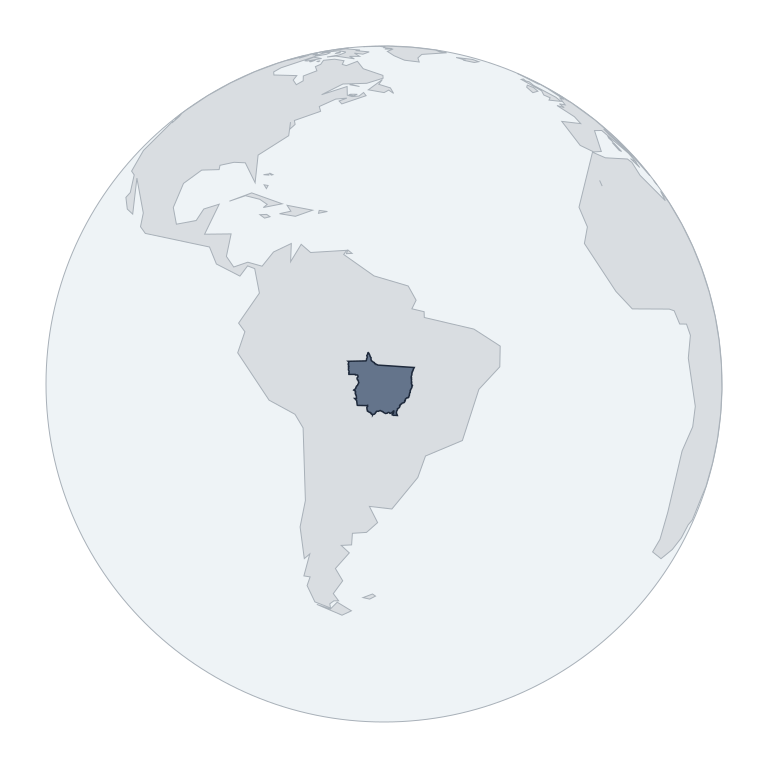 Mato Grosso on an orthographic globe
{"feature_id": "BRA-602", "entity_name": "Mato Grosso", "entity_type": "State", "adm_level": 1, "iso_a3": "BRA", "parent_name": "Brazil", "parent_adm1": "", "projection": "orthographic", "projection_center": [-55.436, -12.685], "detail": "fine", "context": "on_globe", "style": "filled", "palette": "slate", "viewbox_px": 768, "rotation_deg": 0, "n_neighbors": 0, "source": "natural_earth", "source_scale": "10m", "svg_char_len": 11033}
<svg xmlns="http://www.w3.org/2000/svg" viewBox="0 0 768 768"><circle cx="384" cy="384" r="338" fill="#eef3f6" stroke="#a8b0b8"/><path d="M278.9,62.8L279.6,62.7L286.1,60.6L291.5,59.5L301.0,57.0L299.0,58.2L308.4,55.4L308.4,55.0L312.6,53.9L318.2,52.7L316.6,53.5L313.5,54.2L315.9,53.9L312.7,55.0L317.5,53.9L314.8,55.7L325.7,52.4L330.5,52.6L326.5,54.3L316.1,56.1L281.0,67.8L273.7,71.9L273.9,75.0L296.8,75.6L293.2,80.1L296.3,84.7L303.2,80.8L303.3,76.0L316.9,70.8L315.4,66.6L320.7,64.3L323.5,60.3L334.6,59.2L344.0,60.7L342.3,64.4L346.3,65.6L357.4,61.3L363.2,68.7L382.9,75.4L383.1,78.2L366.7,83.3L342.9,84.0L321.6,94.7L347.1,86.5L347.3,95.2L352.2,96.6L359.1,96.0L363.6,92.5L366.1,95.7L341.8,103.9L339.1,101.0L346.9,98.1L335.7,99.1L319.3,106.5L320.6,111.3L294.4,120.5L295.1,124.4L289.7,129.3L290.5,122.1L288.7,135.7L258.1,155.1L255.1,182.7L245.3,162.8L234.0,162.3L220.0,165.3L219.1,169.6L201.7,170.1L183.5,183.4L173.3,207.5L176.4,224.2L196.2,220.5L203.8,209.0L219.2,204.2L204.6,234.2L231.1,233.9L226.4,256.4L233.7,267.0L247.8,262.2L262.1,266.2L273.5,252.0L291.3,243.5L290.6,261.7L301.2,244.3L310.6,252.5L346.7,250.3L343.7,254.5L374.0,275.9L408.2,286.0L416.1,300.2L411.9,308.8L424.1,311.7L424.3,317.5L473.9,329.1L500.2,346.1L499.8,366.8L478.9,389.3L462.4,440.5L425.5,456.0L417.8,477.5L391.9,509.0L369.4,506.4L377.6,522.6L366.5,532.4L352.4,533.3L351.6,544.9L341.2,545.4L349.3,552.9L335.4,568.5L342.7,580.8L333.3,593.6L338.6,600.8L333.9,600.8L329.8,603.8L330.5,608.0L314.9,601.9L307.1,585.6L310.1,576.9L303.9,575.9L309.8,553.9L304.3,558.6L300.1,526.9L305.4,500.5L303.1,427.9L295.0,414.3L269.1,400.2L237.7,352.8L244.9,331.7L238.6,323.1L259.4,293.1L254.7,268.6L247.6,265.9L239.9,276.1L216.4,264.0L209.5,247.0L145.3,233.4L140.5,226.7L143.3,213.0L136.9,178.1L132.7,214.1L127.3,209.1L125.9,197.4L130.3,192.5L134.2,174.9L131.6,171.1L143.5,150.4L173.3,120.8L172.0,122.9L179.3,116.5L181.4,113.9L181.0,113.9L186.1,110.1L207.8,95.6L230.7,82.9L254.4,71.9L278.9,62.8ZM251.7,192.9L282.2,203.8L263.3,207.5L267.2,204.4L259.8,199.3L245.5,195.7L229.4,201.2L251.7,192.9ZM268.9,175.1L263.5,174.7L269.0,173.9L268.9,175.1ZM179.7,114.8L180.7,114.4L176.3,118.7L174.7,119.3L179.7,114.8ZM317.2,61.3L320.2,60.8L318.1,61.8L317.2,61.3ZM315.5,60.2L310.8,61.8L309.3,61.6L312.2,60.6L315.5,60.2ZM321.6,58.5L307.2,61.0L304.7,60.8L313.6,57.2L321.6,58.5ZM306.0,55.4L306.2,55.8L300.9,56.7L306.0,55.4ZM303.9,55.7L301.6,56.4L287.0,60.3L303.9,55.7ZM317.1,52.8L313.8,53.5L309.1,54.5L310.1,54.3L317.1,52.8ZM326.9,50.9L330.0,50.4L318.6,52.6L319.5,52.3L323.5,51.5L326.9,50.9ZM348.5,48.5L342.8,49.1L343.3,48.8L348.5,48.5ZM345.0,48.3L347.8,48.0L347.7,48.1L335.9,49.5L345.0,48.3ZM342.0,615.2L316.8,604.4L330.4,609.0L337.2,602.2L351.4,610.8L342.0,615.2ZM363.0,597.6L372.5,594.0L375.5,596.1L369.7,599.1L363.0,597.6ZM636.6,159.5L636.3,159.2L647.0,171.9L649.9,175.8L632.9,156.2L627.6,150.2L603.6,129.0L609.1,134.7L632.1,155.6L629.0,153.0L636.6,162.6L628.4,153.2L601.7,130.5L594.5,130.6L601.3,151.5L593.7,151.9L580.2,145.4L561.8,121.4L580.7,123.6L574.4,116.7L557.0,105.5L564.2,107.6L559.4,103.8L565.2,104.9L560.0,98.2L563.9,99.3L548.9,89.5L548.8,89.1L557.7,94.7L565.9,99.8L571.1,102.6L594.5,119.7L616.4,138.7L636.6,159.5ZM562.5,97.1L540.6,84.6L538.2,84.0L522.1,75.8L516.9,73.3L540.2,84.3L562.5,97.1ZM706.0,486.4L702.0,495.9L692.4,519.8L688.2,524.8L681.3,537.9L672.3,549.5L661.0,558.7L652.6,551.9L660.0,539.3L667.8,512.2L682.1,450.9L692.7,426.8L695.3,406.4L688.3,358.1L690.4,335.3L686.5,324.1L679.7,324.0L674.2,310.8L669.3,309.1L632.3,308.9L615.9,291.4L584.4,243.5L587.4,226.9L579.0,207.2L592.5,152.2L605.4,157.8L627.4,159.0L631.9,162.4L640.1,175.4L665.3,200.7L660.6,191.2L669.2,202.8L681.7,224.1L692.5,246.1L701.7,268.9L709.3,292.4L715.1,316.3L719.1,340.5L721.4,365.0L721.9,389.6L720.6,414.2L717.5,438.6L712.6,462.7L706.0,486.4ZM599.6,180.4L602.1,185.9L602.1,186.0L599.6,180.4ZM347.9,250.0L352.1,253.4L346.3,253.7L347.9,250.0ZM259.9,214.7L266.7,214.4L270.0,216.7L264.6,218.1L259.9,214.7ZM319.2,210.4L327.4,211.5L318.5,213.3L319.2,210.4ZM287.1,205.3L312.6,210.2L295.4,216.3L279.5,213.7L290.9,211.2L287.1,205.3ZM264.1,184.8L268.1,185.5L266.4,188.6L264.1,184.8ZM272.9,174.7L271.2,175.1L269.5,173.0L272.9,174.7ZM348.7,94.7L350.7,94.2L357.3,94.3L353.6,95.8L348.7,94.7ZM390.4,87.9L393.6,93.4L388.7,90.1L384.1,92.6L368.3,89.8L382.4,79.5L378.8,84.3L390.4,87.9ZM351.0,84.4L359.5,86.5L349.6,84.7L351.0,84.4ZM527.3,85.1L533.6,87.6L537.9,91.2L532.9,92.7L526.7,87.2L527.3,85.1ZM541.6,90.8L521.2,79.4L523.4,79.0L525.6,80.9L529.2,81.8L533.6,85.4L555.8,97.2L561.0,101.4L549.0,100.1L550.1,97.8L543.8,95.0L541.6,90.8ZM464.9,60.0L456.1,57.5L472.4,59.4L478.8,61.7L474.3,62.5L464.1,60.4L464.9,60.0ZM340.1,52.8L335.7,53.5L336.2,53.0L340.3,52.0L340.1,52.8ZM345.8,48.8L360.0,50.0L355.6,50.6L369.2,51.9L362.9,54.2L354.4,53.1L359.7,56.4L349.5,56.4L354.4,58.8L336.0,56.1L327.0,57.0L339.4,54.9L345.4,52.5L345.3,51.8L338.2,50.8L321.9,52.6L325.2,51.4L331.9,50.2L336.3,49.6L332.8,50.3L341.3,49.0L339.5,49.7L345.8,48.8ZM436.8,50.2L437.8,50.4L435.3,50.1L440.5,51.1L436.3,50.5L446.1,52.5L437.6,51.0L439.6,51.8L446.7,52.8L421.8,54.4L417.9,57.9L419.2,62.0L404.5,60.2L394.0,55.7L387.4,51.4L393.2,49.0L385.5,49.1L386.1,48.3L391.9,48.5L383.3,47.7L385.3,47.2L379.4,46.3L365.6,46.6L363.5,46.7L388.0,46.1L412.5,47.3L436.8,50.2ZM630.5,158.6L632.8,160.1L634.9,161.0L639.7,167.5L630.5,158.6ZM612.6,143.0L613.7,142.9L621.6,151.5L619.2,150.4L612.6,143.0ZM607.6,136.0L613.2,142.2L608.8,138.2L607.6,136.0ZM558.1,94.7L558.5,94.7L561.1,96.3L564.0,98.3L558.1,94.7ZM657.0,184.9L654.7,182.0L653.5,180.2L656.5,184.2L657.0,184.9Z" fill="#d9dde1" stroke="#a8b0b8" stroke-width="1"/><path d="M366.9,405.6L357.5,405.4L357.3,405.3L357.2,405.1L356.7,400.9L356.7,400.7L355.0,398.8L354.7,398.5L356.5,398.5L356.5,398.4L356.3,395.7L356.0,395.4L355.9,395.2L356.0,395.2L356.0,394.9L355.8,394.5L355.7,394.0L355.4,393.8L355.3,393.7L355.3,393.2L355.2,393.0L355.3,392.6L355.5,392.5L355.7,391.9L355.6,391.7L355.4,391.5L355.3,391.4L355.2,390.8L354.6,390.7L354.2,390.4L353.7,390.1L354.1,389.7L355.1,389.0L355.5,388.8L355.7,388.6L355.8,387.7L356.3,386.8L356.3,386.4L356.7,385.9L356.9,385.8L357.3,385.7L357.5,385.4L357.8,384.4L358.3,383.8L358.8,382.6L358.7,382.5L358.5,382.1L358.4,381.7L358.4,380.9L358.1,380.5L357.8,379.7L357.6,379.6L357.4,379.7L357.2,379.3L357.2,379.0L357.1,378.7L357.0,378.2L357.1,377.8L357.6,377.4L357.7,377.2L357.8,376.9L358.1,376.7L357.9,375.9L357.8,375.5L357.6,375.1L357.2,375.0L356.8,374.9L356.5,375.0L356.2,374.9L355.9,374.8L355.5,375.0L355.1,374.7L355.1,374.4L349.1,374.4L348.9,374.4L348.8,374.2L348.9,373.7L348.8,373.2L349.0,373.2L349.1,372.8L349.1,372.7L348.9,372.6L349.1,371.1L348.8,370.7L348.5,370.1L348.5,369.7L348.4,369.4L348.4,368.9L348.7,368.5L348.6,368.2L348.7,367.8L348.6,367.2L348.4,367.0L348.7,366.8L348.9,366.4L348.7,366.0L348.5,365.4L348.5,365.1L348.4,364.9L348.2,364.7L348.2,364.3L348.2,364.1L348.6,364.0L348.6,363.9L348.4,363.5L348.4,363.3L348.6,362.7L348.8,362.1L348.7,361.8L348.1,361.3L365.9,360.9L366.3,360.6L366.4,360.2L366.6,359.7L366.5,359.0L366.7,358.7L366.9,358.2L367.1,357.9L367.1,357.7L367.3,357.1L367.1,356.5L366.8,355.8L366.8,355.4L367.0,355.2L367.3,354.9L367.4,354.6L367.7,354.3L367.8,354.0L367.7,353.6L367.7,353.1L368.2,352.6L368.7,353.0L369.1,353.7L369.4,354.3L369.6,354.7L369.7,355.1L370.0,355.7L370.0,356.1L370.2,356.4L370.3,356.7L370.6,357.1L370.7,357.3L371.1,357.7L371.1,357.8L371.0,358.4L371.0,358.8L370.9,359.1L371.1,359.4L371.1,359.7L371.1,360.0L371.3,360.3L371.4,360.8L371.5,360.9L372.1,361.1L372.7,361.6L372.8,361.8L373.1,362.0L374.4,362.6L374.4,362.8L374.5,363.0L374.5,363.5L374.8,363.7L375.3,363.7L375.8,363.9L376.0,364.1L376.1,364.5L376.8,364.5L377.0,364.6L377.3,364.7L377.5,364.9L378.0,365.1L386.0,365.6L408.0,367.1L414.2,367.5L413.9,368.0L413.8,368.6L413.4,369.0L413.2,369.3L413.3,369.7L413.1,370.2L413.0,370.5L412.6,370.9L412.6,371.3L412.4,371.5L412.5,371.7L412.4,371.8L412.3,372.0L412.2,372.0L412.0,372.3L412.1,372.6L412.1,372.9L412.0,373.1L411.8,373.3L411.9,373.6L411.8,373.9L411.9,374.7L411.9,374.8L411.7,374.9L411.6,375.2L411.5,375.8L411.4,376.1L411.1,377.1L411.1,377.3L411.3,377.6L411.6,377.8L411.6,378.2L411.3,378.5L411.2,378.7L411.3,378.9L411.4,379.4L411.6,379.6L411.5,379.8L411.5,380.0L411.4,380.2L411.4,380.5L411.4,381.3L411.6,381.6L411.7,381.8L411.7,382.0L411.7,382.8L411.6,383.2L411.5,383.5L411.5,383.8L411.4,383.7L411.4,383.8L411.6,384.1L411.8,385.0L412.0,385.0L412.4,385.2L412.5,385.4L412.3,385.9L412.3,386.0L412.0,386.2L412.0,386.3L411.8,386.5L411.9,386.8L411.8,387.3L411.9,387.5L411.7,387.9L411.4,388.3L411.3,388.7L410.8,389.2L410.7,389.7L410.6,390.1L410.4,390.2L410.2,390.3L410.2,390.9L410.3,391.2L410.2,391.5L410.1,391.8L410.2,392.2L410.2,392.4L410.2,392.5L409.8,392.7L409.8,392.9L409.6,393.4L409.5,393.7L409.5,393.9L409.3,394.3L409.5,394.9L409.4,395.2L409.4,395.3L409.2,395.7L409.1,395.8L408.9,396.3L408.9,396.7L408.7,396.8L408.7,397.2L408.5,397.3L408.3,397.6L407.9,397.9L407.7,397.9L407.5,397.7L407.4,397.6L406.9,397.8L406.7,398.0L406.3,398.2L406.0,398.6L405.8,398.7L405.5,398.9L405.5,399.0L405.5,399.4L405.4,399.5L405.4,400.0L405.2,400.2L405.2,400.6L404.9,400.9L404.9,401.0L404.7,400.9L404.7,401.0L404.8,401.2L404.8,401.4L404.5,402.0L404.3,402.3L404.2,402.5L403.7,402.5L403.3,402.9L402.6,403.0L402.2,403.1L401.7,403.6L401.6,403.9L401.4,403.9L401.0,404.1L400.9,404.3L400.4,404.5L400.4,405.0L399.8,405.2L399.6,405.4L399.6,405.8L399.9,406.1L399.8,406.7L399.5,407.1L399.4,407.4L398.8,408.0L398.0,408.4L397.6,408.7L397.7,408.8L397.5,409.4L397.5,409.7L397.4,409.9L397.3,410.0L397.0,410.4L396.8,410.8L396.6,411.0L396.6,411.6L396.5,411.9L396.5,412.4L396.4,412.5L396.3,413.0L396.4,413.3L396.9,414.1L397.1,414.7L397.4,415.5L396.8,415.5L396.0,415.3L395.3,415.3L395.2,415.4L394.3,415.3L393.6,415.4L393.4,415.3L392.8,415.0L392.4,414.9L392.2,414.9L392.1,414.7L392.5,414.2L392.7,413.8L392.8,413.6L393.4,413.3L393.5,413.3L393.7,412.4L393.7,412.0L393.9,411.3L393.9,411.0L393.8,410.9L393.4,411.0L393.1,411.3L392.9,411.6L392.4,412.1L391.8,412.5L391.6,412.9L391.3,413.1L391.0,413.1L390.7,413.2L390.2,413.4L389.9,413.4L389.7,412.8L389.1,412.5L388.7,412.4L388.2,412.5L387.8,412.6L387.7,412.7L387.5,413.0L386.9,413.3L386.6,413.3L386.0,413.4L385.4,413.5L384.8,413.1L384.5,412.9L383.4,412.4L383.2,412.1L383.1,411.8L382.9,411.7L382.5,411.5L382.3,411.6L382.0,411.5L381.7,411.2L380.9,411.0L380.7,410.7L380.2,410.5L379.5,410.7L379.0,411.1L378.8,411.1L378.5,411.3L378.3,411.3L378.0,411.2L377.1,411.3L376.6,411.3L376.4,411.4L376.3,411.7L376.1,411.8L376.0,412.3L375.8,412.6L375.3,412.9L375.3,413.3L374.7,413.9L374.5,414.1L374.1,414.1L373.8,414.3L372.9,414.5L372.6,415.0L372.6,414.7L372.4,414.6L371.8,414.3L371.8,414.0L371.7,413.8L371.2,413.8L370.9,413.6L370.8,412.7L370.6,412.5L370.4,412.5L370.1,412.5L369.9,412.5L369.5,412.4L369.3,412.2L369.0,412.1L368.7,411.8L368.4,411.7L368.3,411.4L368.1,411.4L367.9,411.2L367.6,411.2L367.4,411.1L367.3,410.9L367.3,410.2L367.1,409.8L367.1,409.4L367.0,409.2L366.9,408.9L367.0,408.6L366.8,407.7L366.9,407.3L367.5,406.6L367.6,406.4L367.4,406.2L367.5,406.1L367.6,405.9L367.6,405.3L367.3,405.3L367.1,405.5L366.9,405.6Z" fill="#64748b" stroke="#1e293b" stroke-width="1.5"/></svg>